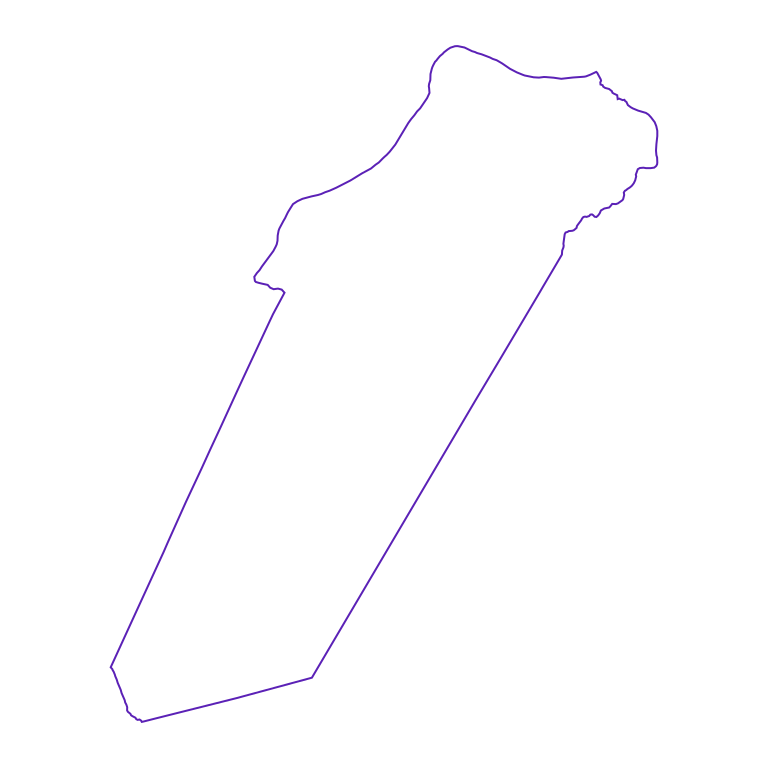 Juruti, Pará, Brazil
{"feature_id": "56859067B6848818390929", "entity_name": "Juruti", "entity_type": "district", "adm_level": 2, "iso_a3": "BRA", "parent_name": "Brazil", "parent_adm1": "Pará", "projection": "albers", "projection_center": [-56.071, -2.648], "detail": "fine", "context": "isolated", "style": "outline", "palette": "violet", "viewbox_px": 768, "rotation_deg": 0, "n_neighbors": 0, "source": "geoboundaries", "source_scale": "gbopen_adm2", "svg_char_len": 2933}
<svg xmlns="http://www.w3.org/2000/svg" viewBox="0 0 768 768"><path d="M290.6,207.9L288.0,212.1L286.8,214.5L285.1,218.1L283.5,220.8L279.4,228.5L278.6,230.6L277.7,235.5L277.5,240.8L276.7,244.4L275.6,246.8L273.3,251.1L261.9,266.5L259.5,270.2L257.0,272.9L254.3,276.8L254.9,280.9L255.9,282.0L258.9,282.9L262.2,283.7L267.7,284.9L270.2,287.7L273.6,289.2L278.0,288.6L281.7,289.6L284.5,292.7L273.0,314.2L269.7,321.2L255.9,350.8L243.8,376.7L237.7,389.9L220.7,427.0L210.0,450.0L201.9,467.8L185.8,502.2L167.7,542.6L163.7,551.8L131.7,621.5L113.0,662.3L110.7,667.3L112.3,669.1L112.8,670.4L113.6,671.6L114.9,674.8L115.3,676.3L116.7,679.5L117.7,682.8L120.7,689.8L121.6,693.1L124.7,700.2L125.2,702.5L126.3,704.5L127.2,707.2L127.1,710.4L127.9,711.8L130.4,713.8L131.1,715.3L132.5,716.2L135.4,717.7L136.3,719.2L137.7,719.9L139.5,719.5L141.2,720.7L141.8,721.9L144.0,721.4L154.6,718.7L237.8,697.8L241.4,696.8L311.9,677.7L475.2,400.8L501.2,357.3L539.9,292.0L542.8,287.0L556.2,264.3L561.9,254.6L562.2,250.5L563.4,247.5L563.7,245.7L563.4,243.8L563.8,240.7L564.7,234.2L565.6,232.5L567.6,231.9L568.7,231.1L572.2,230.8L573.7,230.3L575.2,229.1L576.6,227.8L576.9,226.1L577.7,224.9L579.2,222.9L581.1,220.4L582.1,218.5L583.4,217.0L585.0,216.6L586.6,216.9L589.2,216.0L590.4,214.6L592.0,214.4L593.2,215.2L594.6,216.7L596.4,217.0L598.1,215.5L599.7,213.3L600.9,210.5L604.3,208.5L609.2,207.5L610.4,206.2L612.2,203.9L615.9,204.1L617.9,203.4L622.4,200.2L623.2,199.0L624.2,194.9L623.8,192.5L624.9,190.8L626.3,190.0L627.4,189.0L629.8,187.5L631.6,186.0L632.7,184.7L633.8,183.2L635.2,180.3L636.2,176.3L635.8,174.7L637.8,169.2L639.9,168.0L643.5,167.7L645.8,168.1L650.9,168.1L654.3,167.6L656.2,166.0L657.1,164.3L657.3,162.5L657.1,157.5L656.4,155.2L656.0,150.7L656.4,144.2L657.3,136.1L657.3,130.8L656.3,126.2L654.7,122.2L651.0,117.3L648.5,114.6L645.9,112.9L638.1,110.6L632.8,108.4L630.7,107.2L627.9,105.1L626.4,101.9L625.2,101.1L624.4,99.8L622.6,100.1L619.1,98.6L617.7,99.1L617.2,95.2L613.8,93.6L612.4,92.7L611.9,91.2L609.1,89.0L605.1,87.9L603.2,86.6L602.6,85.2L600.5,84.5L600.3,82.3L601.1,80.7L600.7,79.3L597.2,72.8L596.2,71.9L590.3,74.7L585.9,76.4L584.2,76.7L581.5,76.9L572.9,77.5L561.3,78.8L553.6,77.7L546.2,77.1L543.9,77.0L539.0,77.6L533.7,77.3L524.7,75.5L522.8,74.8L516.9,72.4L510.0,68.8L502.1,63.4L499.4,61.8L496.6,60.2L492.7,58.9L490.0,57.5L481.6,54.3L477.0,53.0L474.9,52.0L472.1,51.2L464.5,47.5L457.7,46.1L455.0,46.2L450.4,47.7L447.6,49.5L443.9,52.4L442.7,53.8L439.9,56.1L437.4,59.1L436.3,60.6L435.1,61.7L433.4,64.9L432.4,67.0L431.8,68.8L430.5,74.0L430.3,80.2L429.1,83.9L428.8,86.2L429.1,88.1L429.5,92.9L427.1,98.1L420.1,108.4L417.1,111.4L414.3,115.3L411.1,119.1L408.3,123.0L395.3,144.6L389.7,151.7L386.7,154.9L384.4,156.9L382.6,158.6L378.8,162.5L375.6,164.7L371.0,168.5L362.1,173.3L350.4,180.5L336.3,187.7L329.6,190.7L325.2,192.2L321.2,194.0L317.9,195.0L311.5,196.4L302.5,198.8L297.4,201.2L293.0,204.1L290.6,207.9Z" fill="none" stroke="#5b21b6" stroke-width="2"/></svg>